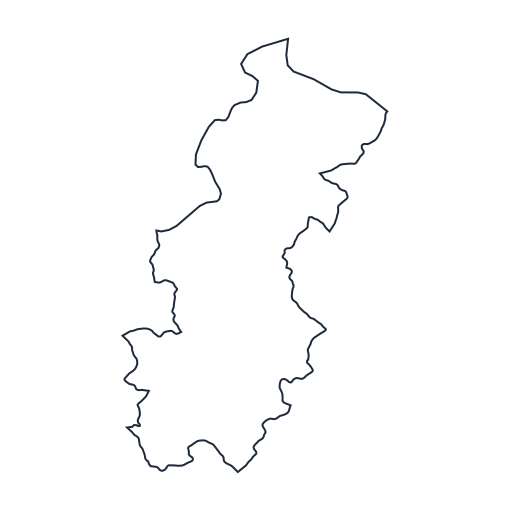 the District of Raški, rotated 175°
{"feature_id": "SRB-834", "entity_name": "Raški", "entity_type": "District", "adm_level": 1, "iso_a3": "SRB", "parent_name": "Republic of Serbia", "parent_adm1": "", "projection": "equal_earth", "projection_center": [20.586, 43.343], "detail": "fine", "context": "isolated", "style": "outline", "palette": "slate", "viewbox_px": 512, "rotation_deg": 175, "n_neighbors": 0, "source": "natural_earth", "source_scale": "10m", "svg_char_len": 6052}
<svg xmlns="http://www.w3.org/2000/svg" viewBox="0 0 512 512"><g transform="rotate(175 256 256)"><path d="M353.0,290.1L348.1,288.7L340.2,289.6L332.5,292.9L307.6,310.8L300.6,313.5L290.2,313.9L287.6,315.7L285.5,321.1L286.3,325.7L290.2,333.5L292.9,342.5L294.6,346.5L296.5,349.2L299.3,350.0L302.8,349.6L306.0,349.7L308.3,352.3L307.0,362.4L300.3,376.1L291.8,388.7L285.2,394.9L281.3,395.0L277.7,394.0L274.3,393.9L271.5,396.8L268.4,403.1L266.7,405.9L264.2,408.2L258.0,410.2L252.4,410.2L246.9,411.8L241.5,418.6L238.8,430.3L243.8,435.5L250.9,439.7L254.1,448.6L246.9,457.9L231.5,464.1L205.1,469.6L208.3,453.5L207.8,443.2L202.5,436.5L183.0,427.0L166.3,415.4L157.2,411.6L140.1,410.0L132.5,407.6L112.6,388.6L113.9,387.2L114.4,386.3L114.8,385.2L115.4,380.8L117.3,375.9L118.0,374.6L119.6,372.4L120.8,369.5L122.1,367.4L124.1,364.4L125.8,362.3L127.3,361.0L132.6,358.5L133.6,358.1L135.1,357.8L138.8,358.2L140.5,357.4L141.1,356.3L141.2,354.6L141.0,353.7L139.6,350.9L139.6,350.2L139.9,349.4L141.1,348.0L143.5,346.1L145.0,343.9L148.1,340.1L148.8,339.6L149.9,339.3L153.6,339.8L157.4,339.9L161.2,339.9L163.7,339.6L165.1,339.0L167.5,337.5L170.5,336.2L173.8,334.6L185.2,332.7L183.3,330.4L181.2,326.7L180.4,326.0L176.9,324.4L174.5,322.4L173.9,322.0L169.8,320.6L169.0,320.0L168.4,319.2L167.4,316.7L166.6,315.7L165.0,314.4L161.5,312.9L161.0,312.3L160.6,311.5L159.5,307.2L159.8,306.2L160.7,305.1L167.9,300.1L169.6,298.6L170.0,297.5L170.2,293.4L170.4,292.3L171.7,289.1L172.5,286.5L173.7,284.1L174.7,281.6L180.6,274.0L183.9,277.9L185.1,280.0L186.2,282.2L186.8,283.0L188.8,284.3L191.1,286.5L191.7,286.9L194.3,287.9L196.9,289.8L198.4,290.0L199.3,290.0L199.9,289.7L201.6,283.6L201.9,280.7L202.7,279.4L207.0,276.6L210.4,274.8L212.0,273.3L212.9,272.2L214.3,269.6L216.0,267.3L217.2,264.2L217.7,263.5L218.9,262.2L220.4,261.2L221.2,260.9L224.6,260.9L225.2,260.7L226.4,259.9L226.8,259.5L227.1,258.8L227.1,257.2L227.2,256.5L228.3,254.8L229.4,253.6L229.6,252.7L228.8,251.5L227.2,250.1L225.8,248.1L225.6,247.2L225.6,245.7L226.4,243.2L226.7,241.7L223.3,240.3L222.1,238.9L221.6,237.8L221.7,237.0L222.1,236.1L224.0,233.6L224.5,232.7L224.6,231.9L224.5,231.1L224.1,230.2L222.1,227.8L221.7,225.1L221.1,223.0L221.4,221.8L222.4,220.0L222.7,218.9L223.7,214.1L223.9,211.8L223.7,210.7L223.4,209.6L222.4,208.3L220.5,206.7L219.2,205.2L218.2,202.7L217.6,201.4L213.4,196.5L210.1,193.6L208.1,190.5L206.9,189.5L203.9,188.3L199.6,184.3L197.1,182.4L195.2,179.6L192.9,177.3L192.8,176.9L193.0,176.3L194.1,175.3L199.0,172.9L205.0,169.6L206.6,168.3L208.3,166.2L209.3,163.6L212.5,158.4L212.6,156.6L212.2,154.2L212.3,151.7L213.1,148.1L213.6,147.9L214.1,147.3L214.4,146.6L214.4,145.8L214.3,145.1L212.8,143.5L211.3,141.4L209.5,137.9L209.4,137.1L209.7,136.3L210.4,135.7L212.3,134.6L215.6,132.9L219.1,130.2L219.7,129.9L221.3,129.6L222.2,129.8L224.9,130.7L226.0,130.9L227.2,130.8L229.4,129.8L231.3,127.6L231.9,127.1L232.5,127.0L233.8,127.4L236.6,130.1L238.2,130.9L239.3,131.1L240.5,130.9L241.3,130.5L241.9,130.0L242.4,129.3L243.5,126.4L243.9,123.1L243.8,122.2L242.2,118.1L241.8,116.4L241.8,113.0L242.2,109.8L242.0,108.9L240.9,107.6L240.1,107.0L234.5,104.2L235.2,103.0L236.7,98.8L238.1,97.1L239.4,96.3L241.6,95.5L246.3,94.5L249.3,92.6L250.6,92.1L252.1,91.9L255.5,92.7L256.4,92.7L259.2,91.8L260.5,91.1L262.8,89.4L263.9,88.1L264.2,87.3L264.3,86.5L263.6,84.6L262.1,81.5L261.8,80.1L262.0,79.2L263.5,77.2L264.2,75.1L265.1,73.9L266.1,73.2L269.2,71.8L274.0,67.6L274.8,66.5L275.1,65.0L274.9,64.2L272.9,60.9L272.8,60.1L272.9,59.3L273.3,58.7L276.5,56.3L278.5,53.8L281.7,51.2L284.3,48.2L292.9,42.4L297.8,48.3L299.5,49.7L303.6,52.1L305.1,53.5L305.7,54.5L305.9,55.4L305.8,57.4L306.1,58.8L306.4,59.4L309.1,62.4L310.4,64.8L314.8,71.6L316.2,72.7L318.5,73.8L322.1,76.3L324.8,77.0L328.4,77.0L330.8,76.6L337.1,73.0L339.3,72.0L340.2,71.2L340.4,70.1L339.9,67.3L340.2,64.3L339.5,63.0L337.2,61.0L336.7,60.2L336.6,59.4L336.7,58.6L337.2,57.8L337.9,57.3L342.1,55.9L346.1,54.1L348.1,53.7L351.9,53.8L355.5,54.5L361.3,55.1L362.5,54.4L364.3,52.1L365.4,51.1L367.3,50.3L368.1,50.2L369.5,50.6L370.4,51.1L372.2,53.7L373.0,54.3L374.6,54.9L379.4,55.8L379.6,56.6L380.3,57.3L380.7,58.0L380.9,58.7L381.0,59.9L381.2,60.6L382.7,61.8L383.9,63.8L384.3,68.0L385.7,73.2L386.3,74.5L387.5,76.1L388.1,77.4L388.4,79.6L388.6,83.0L388.7,84.0L389.2,85.3L390.2,86.5L392.7,88.3L394.9,91.5L399.4,96.4L394.2,96.6L392.3,98.2L389.7,97.9L388.4,96.9L386.6,96.9L386.4,97.6L386.5,98.3L387.8,100.2L388.1,101.1L388.1,102.1L388.0,103.0L387.5,104.0L385.9,106.7L385.6,107.7L385.4,109.9L385.5,112.1L385.7,114.3L386.9,117.5L386.9,118.2L386.1,119.2L383.2,121.1L378.1,125.4L377.2,126.6L374.5,131.0L381.2,132.5L384.5,132.6L385.8,133.0L386.5,133.5L387.1,134.2L387.8,136.8L388.7,137.9L390.0,138.6L393.2,139.5L396.7,142.5L397.3,143.2L397.7,144.0L397.8,144.7L397.4,145.5L393.1,149.5L392.3,150.2L388.4,152.3L386.3,154.1L385.0,155.9L384.1,157.9L383.6,159.6L383.5,160.8L383.7,163.0L384.0,164.1L385.7,166.6L386.5,168.3L387.4,172.2L387.6,174.0L387.5,176.0L387.9,177.2L389.4,179.4L390.4,181.8L391.1,182.7L395.9,188.2L388.5,191.7L387.5,192.0L384.9,192.2L380.3,193.4L374.4,193.6L371.0,193.2L368.9,192.4L367.1,191.4L365.9,190.3L364.6,188.3L363.8,187.6L361.2,185.2L360.4,184.5L359.6,184.2L358.3,184.2L357.6,184.6L354.8,187.4L354.0,188.0L351.7,188.6L348.1,188.9L346.8,188.8L345.6,188.1L343.1,185.7L341.8,185.3L339.7,185.8L337.2,186.8L339.0,190.0L340.5,194.0L343.2,197.5L343.7,198.4L343.8,200.1L343.4,201.4L342.3,202.9L342.1,204.0L342.4,204.8L344.1,207.4L344.2,208.1L344.1,208.9L342.7,211.6L342.4,212.5L341.7,216.3L340.3,221.9L340.3,222.8L340.7,224.6L340.6,225.5L340.1,226.6L337.7,229.2L337.5,229.9L337.6,230.3L339.4,232.9L340.3,235.2L341.3,236.7L347.0,239.4L347.9,239.7L349.2,239.8L350.3,239.5L352.9,238.3L354.5,238.0L355.6,238.0L359.1,239.0L359.5,243.9L360.2,247.5L359.9,248.7L359.1,250.3L359.1,251.6L359.7,255.6L360.0,256.6L361.7,259.0L361.9,259.5L362.0,260.2L361.4,261.7L360.4,263.6L359.7,264.4L357.4,266.5L356.7,267.7L355.6,270.0L355.2,270.5L352.6,272.4L351.5,274.5L351.5,276.2L352.7,279.4L352.8,280.3L352.9,281.2L352.5,285.1L353.0,288.2L353.0,290.1Z" fill="none" stroke="#1e293b" stroke-width="2"/></g></svg>